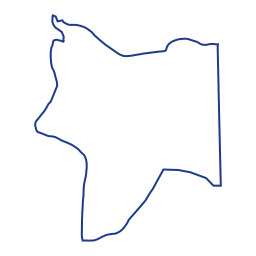 the district of Bakil Al Mir, Hajjah, Yemen
{"feature_id": "15242507B36780035445887", "entity_name": "Bakil Al Mir", "entity_type": "district", "adm_level": 2, "iso_a3": "YEM", "parent_name": "Yemen", "parent_adm1": "Hajjah", "projection": "equal_earth", "projection_center": [43.292, 16.508], "detail": "fine", "context": "isolated", "style": "outline", "palette": "blue", "viewbox_px": 256, "rotation_deg": 0, "n_neighbors": 0, "source": "geoboundaries", "source_scale": "gbopen_adm2", "svg_char_len": 3304}
<svg xmlns="http://www.w3.org/2000/svg" viewBox="0 0 256 256"><path d="M62.3,20.4L57.6,21.3L56.1,17.5L55.7,16.5L54.6,16.1L52.8,15.4L52.7,15.7L52.7,15.9L52.6,16.1L52.4,19.4L52.4,19.7L52.4,19.8L52.4,20.0L52.4,20.3L52.4,20.6L52.4,21.3L52.5,22.1L52.7,22.9L53.3,24.4L53.3,24.5L54.2,25.9L55.1,27.3L61.8,32.0L63.7,36.7L63.4,39.4L63.7,40.8L63.4,41.6L62.6,41.4L61.1,40.8L56.4,39.7L54.0,40.3L53.2,41.4L52.5,45.3L51.7,46.7L51.2,48.6L50.9,50.3L50.9,51.0L50.8,52.1L50.7,53.9L50.7,56.0L50.8,57.9L50.9,59.7L51.0,61.7L51.3,63.8L51.6,65.5L52.0,67.3L52.7,68.8L52.8,68.9L53.6,70.5L54.3,72.3L54.8,74.1L55.0,75.1L56.8,81.7L57.2,85.8L52.7,96.9L51.6,99.6L50.8,101.5L49.5,103.0L48.5,103.9L47.8,105.2L46.9,106.8L46.0,108.4L45.0,110.0L44.1,111.4L43.1,112.6L42.0,113.9L40.9,115.2L40.0,116.5L39.0,117.7L37.9,119.1L36.9,120.2L35.9,121.6L35.3,123.3L35.3,124.7L35.2,125.1L35.5,126.8L35.9,128.6L36.6,130.4L37.4,131.8L43.4,134.1L45.1,134.8L48.6,136.1L49.0,136.1L50.1,136.2L51.8,136.4L53.4,136.6L54.7,136.9L56.0,137.4L56.1,137.5L57.4,138.1L58.8,138.9L60.1,139.6L61.5,140.4L63.2,141.1L64.5,141.7L65.8,142.2L66.0,142.2L67.3,142.8L68.7,143.4L70.2,144.0L70.7,144.3L71.5,144.7L72.9,145.5L74.1,146.3L75.4,147.2L76.7,148.1L78.1,149.2L79.3,150.3L80.3,151.5L81.5,152.7L82.6,153.8L83.8,154.7L84.6,156.0L85.3,157.5L85.9,159.2L86.3,160.9L86.6,162.9L86.7,164.6L86.7,165.3L86.7,166.5L86.7,168.3L86.4,170.3L86.3,172.2L86.1,173.9L85.9,175.6L85.5,177.7L85.0,179.6L84.7,181.3L84.3,183.2L84.0,185.0L83.8,186.9L83.7,188.7L83.6,190.8L83.5,193.0L83.5,194.9L83.4,196.7L83.1,198.7L83.0,200.5L82.8,202.4L82.8,204.2L82.7,205.9L82.6,207.8L82.5,209.7L82.3,211.8L82.2,213.7L82.2,215.7L82.1,217.7L82.0,219.9L82.0,221.8L82.0,223.5L81.9,225.9L81.9,227.9L81.9,229.9L81.8,231.8L81.8,233.5L81.8,235.5L82.0,237.5L82.3,239.1L82.7,240.6L83.8,240.5L85.2,240.5L86.8,240.5L88.4,240.6L89.8,240.6L91.1,240.6L92.4,240.5L93.9,240.4L95.2,240.1L96.5,239.6L97.8,239.1L99.1,238.4L100.5,237.7L101.9,236.9L103.5,236.2L104.9,235.6L105.0,235.5L106.3,235.0L107.6,234.7L109.0,234.4L110.4,234.2L111.8,234.0L112.8,233.8L113.1,233.8L114.4,233.8L115.9,233.4L117.2,232.9L118.5,232.2L119.8,231.5L121.0,230.7L121.8,229.9L122.1,229.6L123.2,228.5L124.2,227.4L124.3,227.2L125.2,226.0L126.3,224.4L127.2,223.1L128.0,221.4L128.8,219.8L141.0,205.8L145.4,200.6L148.4,195.6L149.9,193.1L151.2,191.2L151.4,190.9L152.6,189.3L161.9,172.3L162.5,171.4L162.8,170.5L163.2,169.7L163.8,169.5L168.6,169.7L178.3,170.0L190.5,172.3L192.6,173.1L206.1,178.1L213.5,185.7L220.8,185.7L219.7,138.8L219.6,135.7L218.6,90.1L217.7,48.4L217.8,44.4L217.6,44.5L214.7,44.1L212.2,43.9L210.4,44.0L209.3,44.2L207.8,44.6L206.2,44.8L204.5,44.9L202.6,44.6L201.3,44.4L200.2,43.8L197.3,42.0L191.4,40.1L188.0,39.0L185.8,38.7L183.0,38.8L181.0,39.0L179.3,39.2L177.6,39.5L176.2,40.0L174.9,40.4L173.7,41.0L172.1,41.6L171.2,42.2L169.9,43.1L169.0,44.0L168.1,45.0L167.1,46.6L166.4,48.8L166.0,50.0L165.4,50.7L164.6,51.1L163.5,51.2L157.2,51.8L149.8,52.8L145.5,53.3L142.8,53.7L140.3,54.2L135.7,54.9L132.8,55.5L129.3,55.9L126.1,56.2L123.2,55.9L119.5,54.4L117.8,53.4L115.4,51.7L114.2,50.8L108.9,47.1L105.5,44.8L102.5,42.3L100.1,40.3L94.9,35.7L91.6,32.0L88.3,29.5L85.5,27.7L83.7,27.0L81.6,26.2L79.6,25.6L76.7,25.0L75.4,24.9L71.8,24.9L71.1,24.9L70.7,24.9L68.7,24.7L66.8,24.0L63.8,22.4L63.0,21.4L62.3,20.4Z" fill="none" stroke="#1e3a8a" stroke-width="2"/></svg>